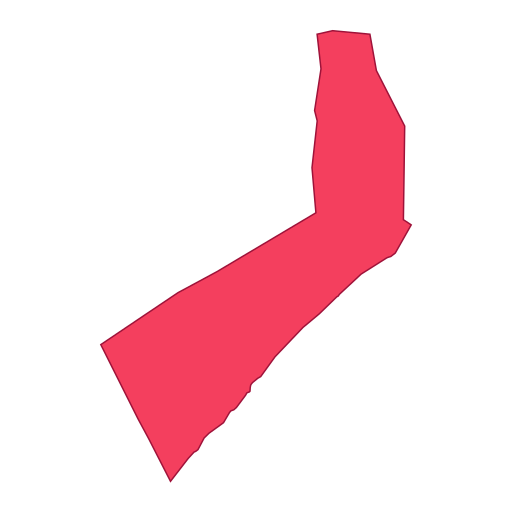 the border of Shabeellaha Hoose
{"feature_id": "SOM-2316", "entity_name": "Shabeellaha Hoose", "entity_type": "Region", "adm_level": 1, "iso_a3": "SOM", "parent_name": "Somalia", "parent_adm1": "", "projection": "equal_earth", "projection_center": [44.342, 1.971], "detail": "fine", "context": "isolated", "style": "filled", "palette": "rose", "viewbox_px": 512, "rotation_deg": 0, "n_neighbors": 0, "source": "natural_earth", "source_scale": "10m", "svg_char_len": 787}
<svg xmlns="http://www.w3.org/2000/svg" viewBox="0 0 512 512"><path d="M395.2,253.1L390.8,256.5L388.1,257.3L386.7,257.9L361.1,274.1L339.3,294.4L338.3,296.0L336.8,296.8L319.3,313.8L303.0,327.4L275.0,356.8L260.7,376.6L257.7,378.3L252.5,382.6L250.9,384.6L250.5,386.0L250.2,387.8L250.0,391.2L249.4,391.9L247.0,392.8L246.5,393.5L245.6,395.2L236.4,407.5L233.8,409.8L231.0,410.8L229.5,412.5L223.5,422.7L209.0,433.2L204.1,438.0L198.0,449.6L195.8,451.3L194.0,452.1L188.3,458.3L170.5,481.3L170.2,480.7L148.5,438.3L138.2,419.2L100.8,344.6L144.6,315.1L178.1,292.6L216.7,271.8L315.9,212.8L312.0,167.7L317.2,120.9L314.6,110.5L321.0,68.9L317.1,34.2L332.6,30.7L369.9,34.2L376.4,70.6L404.7,126.1L403.4,219.7L411.2,224.9L395.3,253.0L395.2,253.1Z" fill="#f43f5e" stroke="#9f1239" stroke-width="1.5"/></svg>